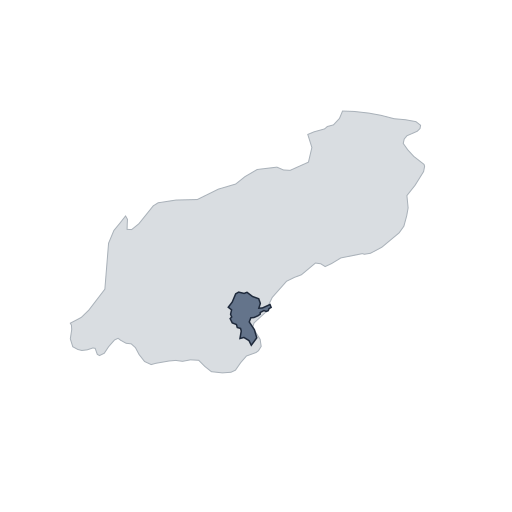 location of Pogradec, Korçë, Albania, rotated 65°
{"feature_id": "67620474B77805918454880", "entity_name": "Pogradec", "entity_type": "district", "adm_level": 2, "iso_a3": "ALB", "parent_name": "Albania", "parent_adm1": "Korçë", "projection": "natural_earth1", "projection_center": [20.619, 40.937], "detail": "fine", "context": "in_parent", "style": "filled", "palette": "slate", "viewbox_px": 512, "rotation_deg": 65, "n_neighbors": 0, "source": "geoboundaries", "source_scale": "gbopen_adm2", "svg_char_len": 2037}
<svg xmlns="http://www.w3.org/2000/svg" viewBox="0 0 512 512"><g transform="rotate(65 256 256)"><path d="M167.7,157.7L168.0,150.9L169.8,140.2L168.8,136.6L169.9,130.4L166.6,122.2L161.2,116.3L166.5,105.9L174.2,93.3L181.3,83.3L189.9,72.9L195.7,62.9L201.8,54.3L207.1,51.6L209.8,53.5L211.1,57.2L210.8,68.3L212.6,72.2L216.2,75.0L223.9,73.6L232.5,70.9L244.0,65.0L246.0,65.3L250.3,68.4L259.1,81.9L265.0,93.7L276.7,97.8L283.2,102.4L291.5,109.4L295.5,116.5L301.2,138.1L301.9,151.1L300.2,157.1L298.8,158.6L293.6,179.9L294.8,190.7L294.8,197.8L290.4,200.6L287.5,205.1L292.2,222.8L291.6,230.4L291.8,239.0L300.4,258.8L305.4,264.9L310.0,267.8L315.8,286.0L319.2,289.2L333.3,287.5L340.1,289.5L342.9,293.8L343.5,296.8L342.6,306.9L346.1,314.8L350.8,322.9L350.8,327.8L347.7,335.9L342.0,345.3L334.6,349.0L326.3,352.0L322.4,359.3L320.4,367.1L316.7,372.9L314.4,379.2L310.9,392.2L310.1,396.9L304.5,401.6L295.9,403.6L288.1,404.0L282.9,406.2L280.2,410.6L275.3,414.2L272.3,415.8L272.3,419.7L275.9,427.9L280.0,434.6L280.1,439.9L278.1,441.4L271.7,440.8L270.4,442.7L269.7,448.7L268.0,453.8L265.4,457.0L260.8,460.4L252.6,459.3L244.8,454.1L240.7,452.5L238.4,452.7L237.8,440.2L234.4,430.4L222.2,407.0L182.1,384.2L172.8,374.0L168.7,365.4L164.6,357.3L168.5,357.0L172.4,359.1L177.4,361.6L179.5,357.5L177.3,348.6L167.1,327.9L166.4,322.2L171.5,304.8L180.0,285.4L179.5,261.8L182.2,244.0L179.4,232.4L178.1,218.3L184.3,199.5L189.6,194.8L192.8,188.9L193.1,168.8L181.3,159.5L167.7,157.7Z" fill="#d9dde1" stroke="#a8b0b8" stroke-width="1"/><path d="M281.4,287.0L281.7,290.4L287.7,297.0L290.7,302.8L294.5,300.9L298.1,303.7L301.0,303.8L301.8,305.9L306.6,305.8L309.8,302.7L312.9,303.2L315.1,300.6L317.8,301.1L324.0,305.4L324.7,301.4L329.7,298.1L334.9,298.0L330.5,289.9L322.1,288.6L312.9,290.0L309.8,286.8L310.9,283.9L311.0,279.4L310.5,276.8L309.0,276.0L308.8,271.9L310.6,270.1L310.7,268.0L309.2,266.4L309.0,264.0L305.9,263.8L305.8,272.2L304.5,275.5L300.8,272.1L295.9,271.6L291.2,276.3L285.1,279.5L284.9,282.6L281.4,287.0Z" fill="#64748b" stroke="#1e293b" stroke-width="1.5"/></g></svg>